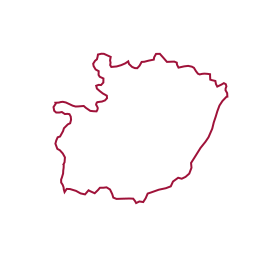 the district of Astravyets, Grodno, Belarus, rotated 209°
{"feature_id": "67162791B54270193950847", "entity_name": "Astravyets", "entity_type": "district", "adm_level": 2, "iso_a3": "BLR", "parent_name": "Belarus", "parent_adm1": "Grodno", "projection": "mercator", "projection_center": [26.135, 54.766], "detail": "fine", "context": "isolated", "style": "outline", "palette": "rose", "viewbox_px": 256, "rotation_deg": 209, "n_neighbors": 0, "source": "geoboundaries", "source_scale": "gbopen_adm2", "svg_char_len": 2280}
<svg xmlns="http://www.w3.org/2000/svg" viewBox="0 0 256 256"><g transform="rotate(209 128 128)"><path d="M203.7,114.9L203.0,114.3L203.3,110.2L200.9,107.3L198.3,106.7L195.6,108.2L193.6,109.9L190.0,109.6L187.7,111.1L185.9,111.7L183.6,110.2L181.8,107.6L180.9,104.1L182.4,102.0L183.9,96.7L183.3,93.8L183.3,90.5L183.3,87.6L185.0,85.8L184.7,82.3L183.9,79.1L179.7,75.5L176.8,75.5L172.7,74.1L168.9,71.7L166.9,67.3L166.8,64.9L166.5,64.9L165.0,62.0L164.1,59.6L162.7,56.7L161.8,52.6L161.5,50.5L160.0,47.9L157.7,46.7L155.6,44.9L154.4,43.2L152.4,41.2L152.1,45.0L149.1,46.5L143.0,47.8L137.8,47.8L133.4,49.1L132.3,54.4L130.2,54.4L125.5,54.8L124.2,59.1L123.6,62.1L120.6,63.8L118.0,65.7L113.9,65.5L109.7,62.5L107.1,60.0L103.7,60.4L99.2,63.1L92.6,67.0L89.2,68.7L86.6,67.6L84.5,66.3L82.4,69.3L78.8,70.6L78.5,75.1L79.0,80.2L76.6,82.8L71.1,89.0L65.7,93.7L62.3,97.7L62.7,103.0L60.0,108.8L56.4,109.7L54.0,113.1L52.3,117.8L53.2,124.0L55.9,128.0L55.5,134.6L54.9,145.9L53.6,153.4L53.1,158.9L54.0,168.3L55.7,174.5L56.8,180.5L58.0,186.0L58.9,192.0L58.5,197.4L57.0,203.1L56.3,203.6L58.2,206.6L61.0,208.3L61.8,209.9L62.1,212.1L63.7,213.7L65.9,213.7L67.3,211.3L70.0,207.5L72.4,209.1L74.4,211.5L77.9,210.5L79.5,210.2L81.2,212.9L82.3,214.8L84.5,214.0L87.5,212.6L89.4,211.3L91.3,209.6L93.2,209.4L96.2,210.7L99.5,212.6L101.9,212.6L105.5,211.5L108.8,209.1L113.1,205.3L115.9,207.2L117.0,208.8L119.7,208.5L122.4,206.9L126.0,204.7L131.2,206.6L136.1,208.3L136.2,208.2L139.4,206.4L139.4,202.5L138.6,200.3L142.4,197.1L145.9,193.8L148.1,192.4L148.1,188.1L148.9,184.8L151.1,183.7L154.1,183.4L158.2,184.5L160.1,186.4L161.8,183.1L164.5,179.6L167.8,176.3L172.2,173.3L174.1,174.4L174.9,176.6L176.5,178.5L177.6,181.8L181.2,181.5L185.0,181.2L187.2,180.1L189.9,177.7L189.1,175.5L188.5,173.0L189.4,170.8L189.6,167.3L188.0,165.4L184.7,163.5L181.2,163.5L179.5,160.2L177.6,159.1L173.5,159.4L171.6,155.8L172.4,152.5L174.6,151.5L176.3,149.5L174.3,147.4L170.6,146.6L166.7,146.0L162.2,146.0L160.8,143.9L161.5,141.0L163.6,138.5L165.3,137.3L167.4,135.7L167.6,134.3L167.2,132.9L165.5,131.9L164.1,130.8L163.6,129.1L163.6,127.3L166.4,125.9L169.3,124.7L174.6,125.2L177.4,125.8L181.6,123.0L184.2,121.4L187.2,120.7L190.5,120.5L194.7,120.2L197.7,119.3L199.4,118.1L200.8,116.7L203.7,114.9Z" fill="none" stroke="#9f1239" stroke-width="2"/></g></svg>